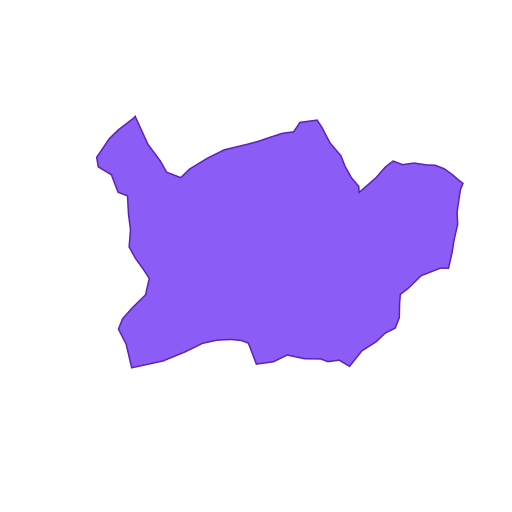 Kophung, Chagang-do, North Korea, rotated 201°
{"feature_id": "82179303B51910076802628", "entity_name": "Kophung", "entity_type": "district", "adm_level": 2, "iso_a3": "PRK", "parent_name": "North Korea", "parent_adm1": "Chagang-do", "projection": "mercator", "projection_center": [125.859, 40.575], "detail": "fine", "context": "isolated", "style": "filled", "palette": "violet", "viewbox_px": 512, "rotation_deg": 201, "n_neighbors": 0, "source": "geoboundaries", "source_scale": "gbopen_adm2", "svg_char_len": 1239}
<svg xmlns="http://www.w3.org/2000/svg" viewBox="0 0 512 512"><g transform="rotate(201 256 256)"><path d="M129.1,186.5L123.2,205.3L113.0,219.2L107.8,230.3L100.2,238.6L100.1,249.7L105.1,263.6L107.5,271.9L102.4,280.3L97.3,291.4L94.7,296.9L79.5,310.8L71.9,313.6L74.3,330.2L76.7,341.3L79.1,357.9L84.0,369.0L86.5,380.0L88.9,391.1L88.8,398.0L93.9,399.4L101.4,402.2L111.5,404.9L121.5,404.9L129.1,402.2L141.8,399.4L151.9,393.8L162.0,393.8L167.1,385.5L172.2,371.7L182.5,352.3L185.0,357.8L195.0,363.3L205.0,371.6L212.5,379.9L227.6,388.2L240.1,399.3L247.6,404.8L262.8,396.5L265.4,385.4L275.5,379.9L285.7,371.6L295.8,363.2L303.4,357.7L323.7,343.8L336.4,329.9L349.2,313.3L354.3,302.2L369.4,302.2L379.5,310.5L397.0,321.6L418.9,343.1L419.6,341.0L429.8,324.3L434.9,313.2L440.1,291.0L436.6,285.1L435.2,282.7L420.1,280.0L407.6,266.1L397.5,266.1L390.1,249.5L382.6,235.6L377.7,219.0L367.7,210.6L355.1,202.3L347.6,196.8L345.2,180.1L352.9,163.4L358.1,149.5L358.2,138.4L345.7,127.3L338.2,116.2L332.0,107.1L305.3,124.6L287.6,141.3L274.8,155.2L262.2,163.5L249.5,169.1L239.4,171.9L231.9,171.9L224.4,163.6L216.9,155.2L201.7,163.6L191.5,174.7L173.8,177.5L158.6,183.1L151.1,183.1L141.0,188.6L129.1,186.5Z" fill="#8b5cf6" stroke="#5b21b6" stroke-width="1.5"/></g></svg>